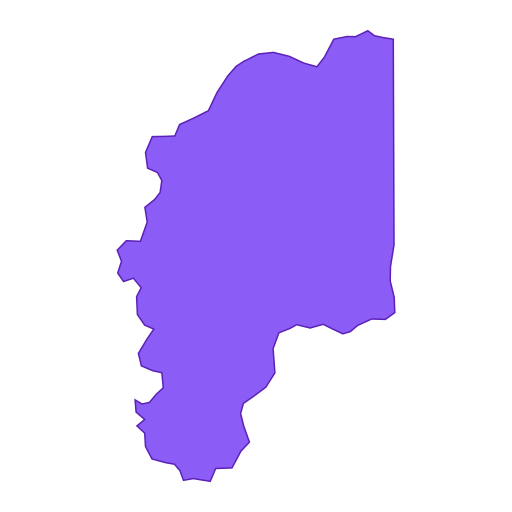 Ângulo, Paraná, Brazil
{"feature_id": "56859067B37092446381276", "entity_name": "Ângulo", "entity_type": "district", "adm_level": 2, "iso_a3": "BRA", "parent_name": "Brazil", "parent_adm1": "Paraná", "projection": "equal_earth", "projection_center": [-51.931, -23.197], "detail": "fine", "context": "isolated", "style": "filled", "palette": "violet", "viewbox_px": 512, "rotation_deg": 0, "n_neighbors": 0, "source": "geoboundaries", "source_scale": "gbopen_adm2", "svg_char_len": 1230}
<svg xmlns="http://www.w3.org/2000/svg" viewBox="0 0 512 512"><path d="M393.3,39.2L382.7,37.5L374.4,35.7L367.8,30.7L355.5,36.7L347.2,36.5L333.8,39.2L324.3,57.3L316.9,66.8L303.8,63.1L289.2,56.3L273.4,52.4L258.5,54.0L243.7,61.4L236.3,66.2L228.0,75.6L217.0,92.5L208.4,110.7L192.8,118.5L179.6,124.5L174.8,136.0L164.1,136.4L152.3,136.6L145.5,152.5L147.6,168.2L157.5,172.5L161.8,180.5L160.1,192.5L154.6,199.5L144.9,207.3L147.2,222.1L140.4,241.3L126.3,240.7L117.2,250.2L121.5,261.3L117.7,273.0L123.5,281.5L133.4,278.2L141.2,287.7L136.6,296.7L137.4,314.6L144.7,325.1L153.8,329.1L146.9,339.2L138.4,353.4L141.4,365.9L152.7,370.7L161.8,372.7L163.3,387.8L156.3,394.2L149.5,402.4L142.1,404.0L135.1,399.9L136.1,412.1L144.7,419.5L136.9,425.9L144.7,433.1L145.5,446.5L152.0,459.0L165.8,462.7L174.4,464.2L179.9,470.6L183.5,480.3L193.3,478.6L210.2,481.3L215.7,468.5L232.0,467.9L240.9,451.2L249.4,442.1L243.7,425.9L240.6,413.5L243.4,403.4L253.2,396.6L265.8,387.2L274.9,372.9L273.1,348.6L278.9,332.8L290.0,328.4L296.7,324.7L310.1,328.0L323.2,324.3L332.8,329.1L342.8,333.8L350.2,331.7L357.7,325.4L371.6,319.0L385.4,319.4L394.8,312.6L394.2,297.3L390.2,280.9L390.5,266.6L394.0,245.0L393.3,39.2Z" fill="#8b5cf6" stroke="#5b21b6" stroke-width="1.5"/></svg>